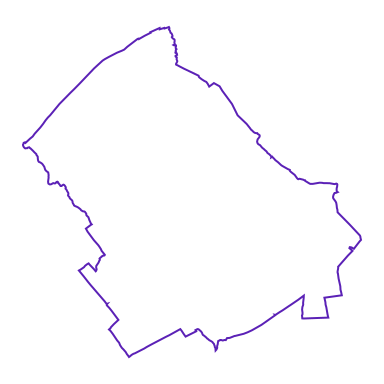 the district of Draguseni, Botosani, Romania
{"feature_id": "2599482B61564668293173", "entity_name": "Draguseni", "entity_type": "district", "adm_level": 2, "iso_a3": "ROU", "parent_name": "Romania", "parent_adm1": "Botosani", "projection": "orthographic", "projection_center": [26.821, 48.036], "detail": "fine", "context": "isolated", "style": "outline", "palette": "violet", "viewbox_px": 384, "rotation_deg": 0, "n_neighbors": 0, "source": "geoboundaries", "source_scale": "gbopen_adm2", "svg_char_len": 5851}
<svg xmlns="http://www.w3.org/2000/svg" viewBox="0 0 384 384"><path d="M341.8,295.3L341.2,292.4L340.5,289.7L340.3,286.2L338.6,278.6L337.9,273.3L337.7,273.1L337.6,272.8L337.6,271.3L338.1,268.7L338.2,267.5L338.1,266.8L347.9,255.6L352.5,250.9L349.6,248.3L350.2,247.8L349.7,247.3L349.8,247.1L350.2,247.1L350.9,247.6L351.5,247.4L353.9,248.8L359.6,241.4L361.0,239.9L360.5,237.9L360.3,236.4L359.9,235.5L349.5,224.4L337.6,212.3L337.4,209.7L336.9,207.9L336.6,205.0L336.2,202.8L335.9,202.1L335.3,201.1L333.3,198.4L333.1,197.6L333.1,196.6L333.5,195.0L334.4,193.2L334.6,193.0L335.8,192.9L337.7,192.1L336.8,191.4L336.6,189.9L336.7,188.1L337.1,186.7L337.3,184.9L337.3,184.4L337.0,183.9L336.2,183.6L334.9,184.1L333.8,184.0L329.5,183.2L323.5,183.1L322.0,182.8L319.6,182.7L312.6,183.9L310.3,183.9L309.3,183.4L305.2,180.9L305.0,180.7L305.0,180.4L304.7,180.4L303.3,179.7L299.7,178.8L299.3,178.8L298.4,179.2L298.0,179.1L297.2,178.4L294.7,174.9L291.0,172.0L290.0,171.0L289.8,170.7L289.7,170.4L289.8,169.9L287.7,169.0L282.1,165.8L281.1,165.1L278.0,162.2L275.3,160.1L274.2,158.8L272.5,157.1L272.2,156.7L271.3,157.3L271.4,156.9L271.3,156.6L270.6,155.6L269.2,154.2L267.5,153.0L266.5,151.4L264.8,150.0L263.8,149.0L262.5,148.0L261.8,147.3L260.1,145.2L258.3,144.2L257.5,143.1L257.1,141.7L257.6,139.4L258.7,138.0L259.6,136.7L259.7,135.7L259.5,135.1L258.7,134.5L257.8,134.0L257.5,133.6L257.4,133.3L257.2,133.1L256.3,133.2L255.0,132.9L253.8,132.2L252.0,130.4L251.1,129.7L249.8,127.9L246.6,123.9L237.6,115.3L232.0,104.0L222.3,90.8L219.6,86.3L213.9,83.1L209.2,86.6L207.7,83.8L206.3,81.9L204.4,81.0L201.6,79.2L199.3,77.4L198.9,76.9L198.7,75.9L198.6,75.7L184.2,68.8L176.1,64.6L176.0,64.1L176.1,63.8L177.2,61.6L177.3,61.1L177.2,60.8L176.7,59.6L176.6,59.3L176.8,57.4L176.6,57.2L175.8,56.8L175.6,56.5L175.5,56.2L175.5,55.9L175.7,55.7L177.1,54.9L176.8,53.4L176.1,53.0L175.8,53.0L175.5,52.9L175.4,52.6L175.4,52.4L175.9,52.1L176.0,51.9L175.7,51.0L175.7,50.6L175.9,50.2L175.9,49.8L176.5,49.3L176.5,49.1L175.9,48.6L175.7,48.0L175.7,47.2L176.0,46.3L176.0,45.4L175.8,45.2L175.4,45.2L174.7,45.4L174.0,45.3L173.5,45.0L174.8,44.3L174.8,44.0L174.6,43.4L174.4,42.5L174.4,42.2L174.6,41.6L174.6,40.1L174.5,39.6L174.1,39.2L173.2,38.7L172.5,38.2L172.3,37.7L171.8,37.1L171.9,36.9L172.2,36.6L172.5,36.2L172.5,35.8L171.9,34.1L171.6,33.6L171.4,33.3L170.5,32.7L170.0,30.9L169.0,29.5L169.4,28.8L169.3,27.7L168.9,27.0L167.7,27.5L164.5,28.5L164.3,27.9L159.7,29.3L159.6,28.0L150.3,32.2L150.6,32.8L144.8,35.7L139.2,38.9L138.9,39.1L138.6,38.6L137.6,38.9L127.4,46.7L124.2,49.6L121.9,50.7L117.0,52.7L108.9,56.9L104.9,59.1L102.6,60.6L94.1,68.4L79.7,83.5L74.3,89.0L70.4,92.8L59.5,103.9L50.1,115.3L47.9,117.5L45.6,120.3L43.1,123.9L40.3,127.5L34.7,133.7L32.7,136.5L30.1,138.6L25.5,142.9L25.0,142.3L23.8,142.8L23.9,143.2L23.8,143.4L23.1,144.3L23.0,144.7L23.1,145.6L23.6,146.7L23.9,147.2L24.9,148.2L25.4,148.4L26.2,148.2L26.9,148.2L27.2,148.2L27.9,147.6L29.2,147.3L29.9,148.1L30.4,148.3L33.1,150.9L34.2,152.1L36.3,154.1L36.5,155.0L36.7,155.3L37.3,156.0L37.7,156.6L37.8,158.3L38.0,160.1L38.5,161.4L38.9,161.9L40.4,162.5L42.1,163.7L42.9,164.7L44.3,166.8L45.0,169.1L45.3,169.9L46.5,171.2L48.2,172.4L48.6,174.9L48.6,175.6L48.5,176.6L48.6,177.6L48.1,181.4L48.1,181.9L48.3,183.3L48.5,183.7L49.7,184.4L50.3,184.4L51.3,184.2L53.2,183.1L54.4,183.4L55.1,183.4L55.5,183.2L56.3,182.2L56.7,181.9L57.4,181.7L57.9,182.0L58.0,182.3L57.9,182.8L58.8,183.4L59.2,184.2L59.7,184.6L60.3,185.7L60.6,186.0L61.6,186.0L62.1,185.4L63.3,184.7L63.6,184.7L64.2,185.0L64.9,185.8L65.6,186.9L65.8,187.3L65.5,188.5L65.6,188.8L66.4,189.5L67.0,190.9L68.2,192.8L68.4,193.8L68.3,194.4L68.0,195.1L68.3,195.9L69.5,197.2L69.7,198.0L70.2,198.7L71.9,200.2L72.3,200.8L72.5,201.4L72.6,202.6L72.9,203.3L73.8,204.7L74.0,205.4L75.1,206.1L76.7,206.7L78.2,207.5L80.4,209.2L81.1,210.2L81.5,210.5L82.9,211.3L84.4,211.5L85.0,211.9L86.2,213.6L86.3,213.9L86.3,214.9L86.6,215.5L88.4,217.2L89.4,220.2L90.9,223.5L91.7,224.4L90.8,224.9L85.9,228.6L87.6,231.7L93.9,240.2L98.3,245.2L99.3,246.6L100.9,249.1L101.6,250.8L104.8,254.8L104.6,255.3L104.0,255.6L103.0,255.7L102.4,256.0L102.0,256.4L101.6,256.5L101.3,257.0L100.0,258.0L99.5,258.7L99.8,259.3L99.8,260.0L99.1,261.1L98.6,262.5L96.3,265.9L96.2,266.8L96.2,267.9L96.6,269.1L96.6,269.6L96.0,271.0L95.7,271.3L93.8,269.0L89.5,264.5L88.6,263.4L87.3,264.1L85.2,265.7L84.0,267.2L80.7,269.5L78.9,270.5L83.5,276.1L88.1,282.0L91.0,285.5L104.8,301.5L105.8,302.9L106.6,303.7L107.0,303.9L107.3,303.8L106.7,304.5L106.7,305.0L107.0,305.5L109.2,307.8L111.6,310.8L118.4,319.9L113.9,324.1L110.8,327.4L110.5,328.2L109.0,329.5L110.5,330.9L112.7,333.8L117.2,340.5L119.1,342.7L120.1,345.2L121.8,347.8L123.7,349.7L124.6,350.8L125.6,351.9L127.0,354.3L128.0,355.5L129.0,357.0L130.0,356.3L131.6,354.9L132.9,354.1L133.7,353.7L134.7,353.4L144.3,348.5L146.7,347.0L151.3,344.5L166.2,336.7L169.3,335.2L180.3,329.1L181.5,330.6L184.0,334.4L185.6,336.6L196.2,331.3L196.3,331.2L195.5,330.1L197.4,329.1L198.3,329.2L199.0,329.6L201.2,331.6L202.1,333.0L202.5,334.2L202.9,334.9L204.0,335.6L206.4,337.6L207.0,338.4L207.7,338.8L209.3,340.2L211.0,341.1L212.4,342.0L213.0,342.9L213.9,343.8L214.2,344.9L214.5,345.4L214.7,346.0L214.8,347.0L215.4,348.0L215.6,350.5L216.5,349.5L216.6,349.0L217.1,348.2L217.2,347.8L217.1,346.2L217.8,343.9L217.9,342.4L218.3,340.9L219.6,340.5L219.9,340.1L220.2,340.0L221.1,340.0L222.8,340.5L224.5,340.0L225.8,340.1L227.0,338.1L229.7,337.9L233.5,336.4L234.4,336.0L235.3,335.9L243.7,333.8L247.6,332.3L251.9,330.3L261.4,324.9L275.2,315.2L274.9,314.8L275.4,314.9L275.9,314.6L279.7,312.1L282.5,310.4L289.3,305.8L289.8,305.5L298.2,299.8L303.8,295.6L303.7,297.9L303.1,302.9L303.2,304.6L303.0,305.4L302.4,307.0L302.1,309.7L302.5,312.5L302.5,314.1L302.4,314.7L302.0,315.3L302.3,318.4L303.7,318.5L328.3,317.6L328.2,317.2L328.0,316.5L327.5,314.1L326.3,307.2L325.6,304.7L325.4,302.2L324.4,297.7L341.8,295.3Z" fill="none" stroke="#5b21b6" stroke-width="2"/></svg>